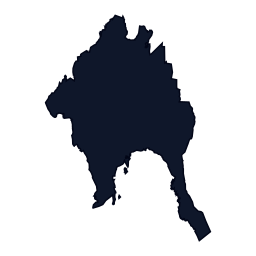 outline of Kota Bandar Lampung, Lampung, Indonesia
{"feature_id": "22746128B13880384963573", "entity_name": "Kota Bandar Lampung", "entity_type": "district", "adm_level": 2, "iso_a3": "IDN", "parent_name": "Indonesia", "parent_adm1": "Lampung", "projection": "equal_earth", "projection_center": [105.271, -5.429], "detail": "fine", "context": "isolated", "style": "filled", "palette": "ink", "viewbox_px": 256, "rotation_deg": 0, "n_neighbors": 0, "source": "geoboundaries", "source_scale": "gbopen_adm2", "svg_char_len": 5821}
<svg xmlns="http://www.w3.org/2000/svg" viewBox="0 0 256 256"><path d="M199.3,240.6L210.4,231.7L205.7,221.1L202.5,212.8L201.0,211.7L198.1,211.2L193.5,206.6L192.4,202.0L189.4,196.1L187.0,193.4L186.7,191.7L185.4,189.7L185.3,184.1L184.3,181.7L184.6,180.8L183.3,173.7L183.3,168.7L183.0,168.2L183.0,165.6L182.4,161.7L182.9,160.6L182.3,159.9L181.6,155.8L181.9,154.5L184.8,152.0L187.4,145.1L187.4,144.0L187.8,144.1L189.2,140.0L190.5,138.5L191.4,138.6L192.1,136.7L192.9,129.9L192.7,127.9L194.4,124.0L194.8,121.4L194.2,119.5L194.6,119.1L194.8,117.1L193.5,114.7L193.6,113.8L192.9,113.3L192.9,112.3L192.1,111.6L192.4,108.9L192.1,108.0L190.2,106.1L188.9,102.1L179.3,101.8L180.2,99.3L180.0,97.8L179.3,96.7L179.8,94.7L179.3,91.0L179.8,89.8L176.6,88.5L176.8,87.6L176.6,86.7L176.6,79.8L171.2,78.7L172.4,72.2L171.2,64.1L166.3,63.3L166.2,61.8L164.7,62.9L164.4,46.7L161.9,46.6L162.2,43.3L151.4,53.9L149.9,54.6L149.3,51.3L149.9,46.7L149.7,44.0L147.5,44.5L147.8,46.7L146.4,47.5L146.4,47.0L145.4,47.2L145.5,46.6L146.4,46.0L145.4,43.8L146.4,42.7L146.9,42.6L147.2,43.9L148.0,43.4L147.9,42.6L148.4,41.6L148.6,39.6L151.6,35.3L152.4,32.3L152.1,31.2L151.3,31.1L151.3,30.4L149.7,30.3L148.9,31.5L147.6,32.0L147.3,30.8L146.7,30.7L145.5,29.0L144.5,26.5L143.5,26.1L141.9,26.5L139.7,26.1L138.7,33.6L138.1,34.3L138.1,35.2L136.9,36.3L136.3,37.9L134.8,39.3L134.9,39.9L130.4,40.2L129.5,39.5L127.6,39.6L126.2,38.2L125.2,37.8L125.0,37.2L126.1,34.9L126.9,34.2L127.2,32.5L126.8,31.9L127.2,31.4L126.0,29.5L125.9,27.7L125.2,26.6L125.4,26.1L125.2,23.6L124.0,22.6L124.3,20.9L124.0,19.7L124.3,19.4L123.6,18.5L123.6,17.8L122.9,16.4L122.4,18.0L115.2,15.4L112.6,19.4L112.2,18.8L111.9,19.4L111.2,19.1L110.2,19.6L110.2,20.7L109.1,22.2L107.4,23.3L107.2,23.9L106.0,24.4L105.9,26.1L104.9,26.2L105.3,26.7L105.0,27.2L105.9,27.6L104.9,28.8L104.9,29.9L102.9,29.8L102.3,30.4L102.2,31.3L101.6,32.0L100.3,31.7L100.1,32.9L99.6,33.1L100.2,35.4L101.2,34.3L101.2,36.0L100.4,36.8L99.9,38.9L99.1,39.4L98.6,40.3L98.7,40.8L97.5,41.5L97.7,42.0L96.4,43.0L96.1,44.4L94.3,45.0L90.7,47.4L89.5,52.2L87.8,52.1L87.7,51.4L87.2,51.8L86.8,51.2L86.4,51.5L86.2,50.9L81.2,54.0L80.7,54.7L80.8,56.3L77.6,57.0L77.9,61.1L76.1,61.2L74.7,63.2L73.1,68.3L73.0,71.6L73.1,73.1L73.4,73.4L73.4,75.0L74.1,75.3L74.2,77.5L74.7,78.1L74.2,80.8L70.3,78.2L66.3,81.0L66.5,79.1L65.9,78.9L66.2,76.4L65.3,75.5L64.6,76.3L65.0,77.7L63.7,79.5L62.9,79.7L62.0,82.8L60.7,83.8L59.6,82.5L58.6,86.8L58.1,87.5L57.5,87.5L57.1,88.9L55.3,90.7L54.2,92.7L52.8,93.3L52.1,92.9L50.6,95.1L49.0,96.3L48.4,98.5L45.6,102.5L45.8,103.3L48.2,109.2L50.1,111.9L50.9,114.1L53.4,116.6L54.9,117.3L55.7,117.1L56.4,116.2L56.7,114.0L57.8,113.7L58.5,113.0L61.3,113.4L62.5,114.1L62.8,113.6L63.7,113.6L63.8,115.6L63.1,115.8L63.2,116.7L63.6,116.9L63.4,117.7L64.3,118.2L69.5,117.6L71.7,119.1L71.2,119.2L71.1,120.2L71.6,120.5L72.5,124.4L72.5,127.1L72.9,128.9L72.6,128.9L73.1,132.2L72.7,134.3L71.8,135.4L72.6,139.1L72.8,144.0L73.9,145.9L74.3,146.0L74.4,145.4L76.3,144.7L76.4,144.3L77.5,144.7L77.8,145.4L77.6,146.0L79.0,148.4L80.3,148.6L80.6,149.4L80.1,150.5L81.6,151.5L83.4,150.6L84.7,153.3L86.5,155.9L87.6,158.7L87.2,160.7L89.2,163.4L89.4,167.7L89.1,169.7L90.4,171.1L91.5,173.1L92.8,176.5L92.5,177.0L92.6,177.8L96.6,186.1L97.2,190.8L95.0,193.4L94.6,195.1L93.9,196.0L95.7,196.4L95.7,197.4L94.7,197.4L94.9,198.7L95.4,199.3L96.2,199.1L97.3,200.6L97.7,200.4L98.1,200.9L98.1,202.0L97.8,202.4L97.3,201.9L95.8,202.4L93.5,204.8L92.9,207.4L93.1,208.0L99.0,206.2L102.8,204.5L105.7,200.5L112.7,195.0L113.4,200.9L112.6,203.9L113.2,204.5L114.2,204.0L114.3,201.9L115.3,199.4L114.7,197.1L114.8,194.5L115.2,192.8L115.8,192.7L115.5,191.5L115.1,191.8L114.8,191.1L113.9,187.5L115.0,187.4L114.8,185.6L113.7,182.4L113.7,180.7L114.3,179.6L112.7,179.8L112.6,176.7L112.8,176.1L114.8,176.0L114.9,174.2L115.8,170.3L116.3,169.7L116.6,167.3L118.3,166.1L119.4,165.9L122.7,164.1L123.8,162.7L123.8,161.8L124.4,160.5L127.8,167.1L127.8,167.6L128.2,165.8L128.4,160.8L130.0,158.7L129.6,157.8L129.1,157.6L128.4,158.2L126.8,157.3L126.6,158.2L125.8,158.5L125.7,158.1L126.1,157.9L125.6,157.2L126.1,156.0L127.1,156.3L127.2,156.8L127.6,156.6L128.0,157.7L128.5,157.8L130.3,155.7L129.8,155.3L129.8,154.8L130.5,155.2L130.6,153.9L130.3,153.2L131.5,151.9L133.0,151.9L136.6,150.2L140.8,150.9L142.7,150.4L143.6,149.2L143.8,149.7L145.4,149.5L145.4,150.0L144.9,150.1L145.5,150.4L145.9,150.0L145.8,148.5L148.0,147.8L148.9,148.0L148.8,148.8L149.7,149.6L151.1,149.6L154.2,151.4L154.0,151.9L154.3,152.6L156.9,153.1L158.6,154.3L159.8,154.4L162.1,156.2L162.0,156.9L162.8,157.6L163.0,158.7L164.0,160.2L166.3,161.8L167.3,163.1L168.2,165.0L168.0,166.1L171.9,174.6L175.3,177.2L174.1,179.9L174.2,180.4L172.9,179.5L171.3,182.8L171.5,183.1L172.5,180.9L173.2,181.5L172.7,184.0L171.0,185.3L171.1,186.1L171.6,187.0L170.9,188.6L172.0,189.5L172.5,188.5L173.3,189.1L174.0,188.4L173.9,189.2L174.6,190.1L174.3,190.9L175.2,191.7L175.0,191.9L175.2,192.1L176.0,191.8L175.6,192.4L176.1,193.1L175.3,193.9L175.9,194.6L176.3,194.5L176.3,195.2L177.6,194.2L177.6,195.1L178.5,197.8L179.0,197.4L179.2,197.8L178.6,198.7L179.4,198.3L179.1,199.1L178.5,199.4L179.5,199.2L179.3,199.5L179.5,199.5L177.7,200.2L177.6,201.3L178.7,201.3L178.7,202.6L179.7,202.7L179.5,206.3L179.3,206.7L178.3,207.1L179.0,209.6L178.4,211.0L179.9,216.2L179.8,216.9L181.0,218.0L180.7,218.4L182.8,219.7L183.6,218.8L184.0,219.4L184.4,218.9L184.6,219.2L184.4,219.5L185.3,220.8L186.9,220.5L187.0,220.0L188.3,220.7L189.1,222.6L190.4,224.2L190.9,225.7L192.5,226.6L194.0,229.2L194.6,228.9L195.1,229.2L195.5,230.3L194.9,231.2L197.3,235.8L199.3,240.6ZM125.5,168.1L124.7,168.1L124.3,169.2L124.6,169.5L124.6,171.2L125.1,171.5L125.1,172.3L125.4,172.2L125.0,172.5L125.4,172.6L125.5,173.5L126.8,172.3L126.7,171.6L127.3,171.5L126.4,169.8L126.5,168.9L125.8,168.9L125.5,168.1ZM120.4,197.0L119.2,195.5L118.7,197.0L119.0,198.4L120.4,197.0Z" fill="#0f172a" stroke="#020617" stroke-width="1.5"/></svg>